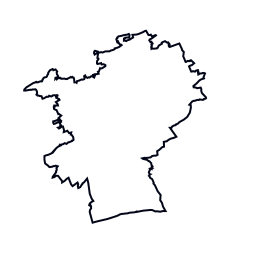 Re nor, Vestfold, Norway (Mercator projection), rotated 253°
{"feature_id": "86288312B25066460859021", "entity_name": "Re nor", "entity_type": "district", "adm_level": 2, "iso_a3": "NOR", "parent_name": "Norway", "parent_adm1": "Vestfold", "projection": "mercator", "projection_center": [10.283, 59.393], "detail": "fine", "context": "isolated", "style": "outline", "palette": "ink", "viewbox_px": 256, "rotation_deg": 253, "n_neighbors": 0, "source": "geoboundaries", "source_scale": "gbopen_adm2", "svg_char_len": 5827}
<svg xmlns="http://www.w3.org/2000/svg" viewBox="0 0 256 256"><g transform="rotate(253 128 128)"><path d="M37.6,139.6L42.7,138.5L46.4,138.6L49.6,137.7L54.4,139.6L58.8,137.9L65.4,137.0L67.4,136.1L68.2,136.6L72.0,136.2L73.9,134.6L75.6,134.5L76.1,134.1L76.4,134.7L77.4,134.9L77.1,135.3L77.2,135.7L77.6,135.1L79.6,135.0L81.6,136.8L82.7,136.8L82.6,137.9L81.8,138.7L82.4,139.0L82.5,139.6L83.3,138.9L83.8,139.2L84.2,140.2L85.7,139.6L87.5,139.9L89.9,138.8L90.1,138.2L92.1,136.8L94.0,133.4L94.8,132.8L94.7,134.9L93.9,137.2L93.3,141.1L94.1,142.8L94.0,144.5L93.4,146.7L93.7,148.4L97.3,149.1L97.9,151.4L99.7,155.2L99.6,157.0L104.3,158.2L104.0,161.3L104.8,163.2L105.3,165.7L105.2,169.0L105.5,171.7L115.9,168.2L115.5,169.7L116.6,170.8L117.0,173.2L116.8,174.4L117.4,174.8L117.6,177.0L118.6,178.8L119.7,183.9L121.3,187.9L124.6,191.6L128.9,194.0L131.5,194.7L132.3,193.5L134.6,197.2L134.8,199.0L134.5,199.6L134.6,202.3L134.1,204.2L134.1,204.9L134.3,205.0L133.1,207.6L133.0,208.5L133.5,208.9L133.4,210.8L133.7,211.4L134.8,211.4L139.8,208.9L142.0,208.9L144.0,209.5L145.4,209.3L145.8,205.9L147.2,204.1L147.7,202.7L149.0,202.8L150.5,206.5L152.6,210.2L153.1,212.0L153.2,215.2L154.4,215.0L157.7,217.6L158.5,216.6L158.8,215.1L158.6,214.5L159.0,213.0L158.6,210.9L160.8,211.2L160.6,211.7L162.9,211.8L163.0,209.7L162.3,208.5L163.4,206.8L163.2,205.9L163.5,204.9L169.0,204.4L169.0,204.8L169.4,205.2L169.5,207.6L170.6,210.2L174.0,208.3L173.9,207.3L174.4,207.4L174.2,205.7L174.7,204.6L174.2,202.7L174.3,202.4L180.5,201.8L184.4,203.6L186.6,202.5L187.3,202.7L193.8,201.8L193.3,191.5L193.9,191.1L195.2,192.1L195.5,191.8L195.4,191.2L196.5,191.4L196.7,192.0L198.2,191.4L198.2,190.4L200.2,188.8L200.0,186.4L199.7,185.2L198.7,185.1L197.8,181.5L196.0,179.8L195.9,178.8L195.7,178.7L196.5,175.0L197.2,174.5L196.9,173.6L198.8,173.9L199.5,174.9L201.0,174.8L201.5,176.2L203.6,175.6L203.5,174.6L205.7,174.0L206.4,174.8L206.6,176.5L208.4,181.8L208.8,181.6L208.8,180.6L208.5,179.6L208.6,178.8L208.2,178.4L208.6,177.7L210.6,177.1L210.5,175.9L210.9,174.8L215.7,173.7L215.8,172.3L215.3,170.4L214.8,165.5L214.9,163.3L215.8,159.5L213.1,159.4L212.5,157.1L212.6,156.5L212.1,155.9L212.0,152.4L211.6,151.8L212.5,150.4L213.0,150.3L212.9,149.7L214.7,150.3L214.6,151.4L215.1,151.6L215.1,152.4L214.2,155.5L216.5,156.7L217.7,156.3L217.5,154.1L217.9,152.4L217.8,151.6L218.1,150.7L218.0,149.1L218.4,145.6L217.7,144.1L217.0,144.1L216.4,142.8L212.9,142.8L212.2,143.5L212.3,144.0L210.5,144.5L209.5,146.1L209.0,146.1L208.5,144.0L208.2,143.7L207.9,141.4L208.0,138.6L207.4,138.4L207.0,136.9L207.1,134.1L206.7,132.8L207.9,128.7L207.6,125.7L208.4,124.6L208.5,122.3L209.8,121.6L211.5,119.0L211.1,118.2L209.7,117.4L208.0,117.6L208.6,119.9L208.2,121.2L203.9,119.2L203.1,120.0L202.5,119.9L201.1,118.0L198.7,117.2L198.1,117.5L197.9,121.3L196.5,121.3L196.1,123.4L194.6,124.8L194.1,124.6L193.7,124.3L192.7,120.5L193.0,118.8L193.2,118.7L190.5,116.6L190.5,115.7L188.5,115.8L188.6,114.1L189.1,112.1L189.0,110.0L188.2,109.9L187.7,111.6L186.2,110.4L188.2,108.6L188.1,107.4L187.5,106.1L188.0,105.2L187.8,103.8L189.1,102.7L190.8,102.4L190.4,101.2L188.2,101.0L187.5,100.4L187.5,98.6L188.0,97.8L187.6,95.0L187.8,93.1L186.3,92.1L186.8,91.8L187.3,90.1L190.9,90.8L192.1,90.7L192.6,89.6L192.9,89.6L192.8,89.3L193.2,88.8L192.9,88.7L193.4,87.6L193.2,87.4L193.0,85.4L192.6,84.1L193.0,83.5L193.0,82.7L193.7,82.0L194.6,78.5L195.7,78.1L195.7,76.9L196.2,77.0L196.5,76.5L196.1,74.9L195.8,74.6L196.2,74.2L195.9,74.0L196.9,73.7L196.5,73.0L197.2,73.3L197.1,74.1L196.8,74.5L196.9,74.9L198.2,76.3L200.1,75.8L201.9,76.0L202.7,76.8L205.2,75.8L205.1,73.5L206.4,73.2L206.1,70.5L205.7,69.8L204.2,67.9L202.9,67.4L202.7,66.8L200.9,65.4L200.6,64.8L200.8,63.0L200.5,61.8L200.1,61.6L198.9,59.8L199.4,60.8L197.9,59.5L198.0,59.3L197.8,59.0L198.2,58.1L198.2,56.4L198.0,56.0L198.2,54.2L198.9,54.0L199.0,53.2L198.6,52.2L198.7,50.6L196.6,42.8L195.2,40.2L194.2,39.7L193.7,41.0L193.3,44.9L192.9,46.2L193.0,46.4L192.7,47.3L192.8,48.1L192.3,49.2L192.2,50.6L191.4,51.3L189.5,51.6L187.7,51.2L186.7,50.2L185.5,50.9L185.3,51.9L184.5,52.7L183.7,54.6L181.0,54.8L181.0,56.4L181.7,59.4L181.3,60.2L181.2,61.3L181.9,62.0L180.6,63.8L180.7,64.7L181.2,65.4L180.7,67.8L180.0,68.2L180.3,69.7L179.8,70.2L179.3,69.9L179.0,68.3L177.8,68.3L177.8,69.0L176.6,69.4L176.0,70.5L174.9,70.7L173.9,66.6L171.3,67.7L170.0,67.6L171.0,64.1L169.9,64.1L170.0,63.3L169.4,63.1L167.7,62.9L165.9,64.9L161.7,65.4L161.7,66.0L159.4,67.8L157.9,64.6L157.4,65.0L156.4,63.4L156.1,60.6L156.2,58.4L154.8,58.0L153.6,58.3L153.5,59.3L153.9,62.5L155.5,65.5L154.5,66.1L154.1,65.4L153.4,65.7L152.8,64.0L150.2,64.7L150.4,64.2L150.1,63.9L149.5,64.2L148.8,62.3L148.8,61.2L148.0,61.7L147.8,61.1L147.7,62.2L148.7,65.0L148.5,66.2L144.6,66.2L142.9,65.4L143.1,69.2L140.3,70.2L140.3,72.4L138.4,71.4L138.1,72.0L135.6,72.9L133.0,72.6L132.4,72.2L132.3,70.8L131.9,70.7L131.6,67.5L131.8,66.8L130.8,64.6L132.0,63.0L131.5,61.3L131.7,60.3L131.1,59.0L132.0,58.1L131.5,57.5L130.9,57.8L130.5,55.4L129.5,53.1L127.6,50.0L127.6,50.5L126.3,48.6L125.7,44.2L125.8,41.1L125.6,39.9L122.0,38.8L118.3,38.4L115.3,40.6L113.6,41.4L113.1,44.3L113.4,45.6L113.0,46.6L113.1,47.9L111.9,49.6L110.6,47.8L109.8,47.9L108.3,47.3L107.8,46.5L106.8,46.4L103.4,41.8L102.6,41.4L102.6,43.3L103.4,45.3L102.7,47.1L96.4,49.5L95.2,49.1L96.0,52.1L97.3,54.5L97.8,56.6L90.8,57.1L88.6,58.0L90.6,63.8L88.9,64.0L87.1,63.0L85.1,62.9L85.4,65.0L87.5,67.4L87.5,67.8L88.4,68.4L88.8,69.9L91.6,74.1L87.5,74.0L76.3,72.2L71.0,72.6L68.3,73.5L68.0,71.6L67.1,69.6L66.6,69.6L66.3,68.8L65.4,68.3L64.8,69.0L64.8,69.6L63.9,69.8L61.9,69.2L60.6,67.6L58.8,66.8L47.8,66.5L47.8,69.5L47.0,81.7L47.1,89.9L47.3,93.4L47.7,94.5L47.7,96.6L46.5,102.9L46.5,104.9L45.4,109.9L45.6,111.8L45.2,111.8L44.5,118.4L43.0,125.8L42.3,127.4L40.2,129.8L40.0,131.1L38.5,134.4L38.4,137.0L37.6,139.6ZM214.8,143.5L213.8,143.8L213.6,143.6L214.8,143.5Z" fill="none" stroke="#020617" stroke-width="2"/></g></svg>